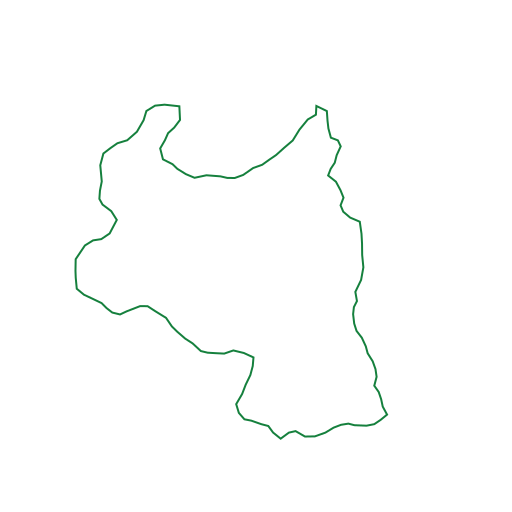 Ariranha, São Paulo, Brazil, rotated 21°
{"feature_id": "56859067B77779450853304", "entity_name": "Ariranha", "entity_type": "district", "adm_level": 2, "iso_a3": "BRA", "parent_name": "Brazil", "parent_adm1": "São Paulo", "projection": "mercator", "projection_center": [-48.779, -21.178], "detail": "fine", "context": "isolated", "style": "outline", "palette": "green", "viewbox_px": 512, "rotation_deg": 21, "n_neighbors": 0, "source": "geoboundaries", "source_scale": "gbopen_adm2", "svg_char_len": 1781}
<svg xmlns="http://www.w3.org/2000/svg" viewBox="0 0 512 512"><g transform="rotate(21 256 256)"><path d="M360.3,228.1L354.8,217.1L350.5,206.3L346.5,197.4L340.6,186.8L330.1,186.4L321.6,183.4L316.8,178.4L316.8,170.2L311.3,164.3L304.0,158.0L294.5,155.0L294.5,147.9L296.1,140.7L295.2,133.0L295.8,123.3L291.0,118.7L283.5,118.7L277.9,111.0L274.3,104.1L270.2,95.3L258.6,94.3L261.3,102.6L255.4,110.0L251.3,122.4L248.9,135.0L243.5,144.9L238.6,154.5L233.9,161.3L229.1,168.6L221.8,174.9L215.0,184.9L208.2,190.8L201.2,193.4L194.2,194.4L180.8,198.4L170.6,205.0L161.2,204.7L151.3,202.8L145.2,200.2L134.5,199.1L128.0,189.9L129.5,180.5L129.9,172.8L133.6,165.5L136.3,156.2L130.8,143.7L116.4,147.5L107.9,151.8L101.7,159.9L102.4,169.5L100.3,182.7L94.3,194.1L86.2,200.4L81.4,207.5L76.8,215.0L78.1,227.1L85.3,241.7L86.9,250.9L89.3,258.8L94.3,263.0L104.8,266.0L113.1,272.2L111.3,287.4L105.5,295.7L98.3,299.8L92.5,307.5L88.8,323.6L92.8,334.6L95.5,340.9L100.4,350.8L109.3,353.8L118.8,354.5L128.7,355.3L135.2,358.2L142.1,360.3L150.0,359.3L155.1,354.0L165.8,344.3L172.8,341.7L181.1,343.5L194.2,346.0L202.7,351.9L209.6,354.9L219.5,358.5L228.1,360.3L238.6,364.5L245.5,363.6L253.4,361.1L261.3,358.5L268.7,352.3L279.4,350.9L290.0,351.6L292.4,359.9L293.4,369.2L292.5,379.8L292.5,389.8L290.6,401.4L296.2,408.6L303.7,412.6L310.6,411.4L321.2,411.1L328.4,410.3L335.2,414.7L344.5,417.7L350.0,409.1L355.7,405.3L366.4,407.0L375.6,403.3L384.1,396.0L390.0,388.4L395.9,383.1L402.3,379.4L408.5,378.7L420.0,374.8L426.7,370.6L431.1,364.3L435.2,357.1L428.3,351.2L424.2,344.9L419.3,339.0L412.9,334.7L411.9,325.6L408.1,318.8L402.7,312.5L395.1,306.8L390.9,301.0L384.1,294.4L376.7,289.9L371.9,283.9L367.5,275.5L365.7,268.6L366.4,261.9L361.6,253.9L362.7,240.7L360.3,228.1Z" fill="none" stroke="#15803d" stroke-width="2"/></g></svg>